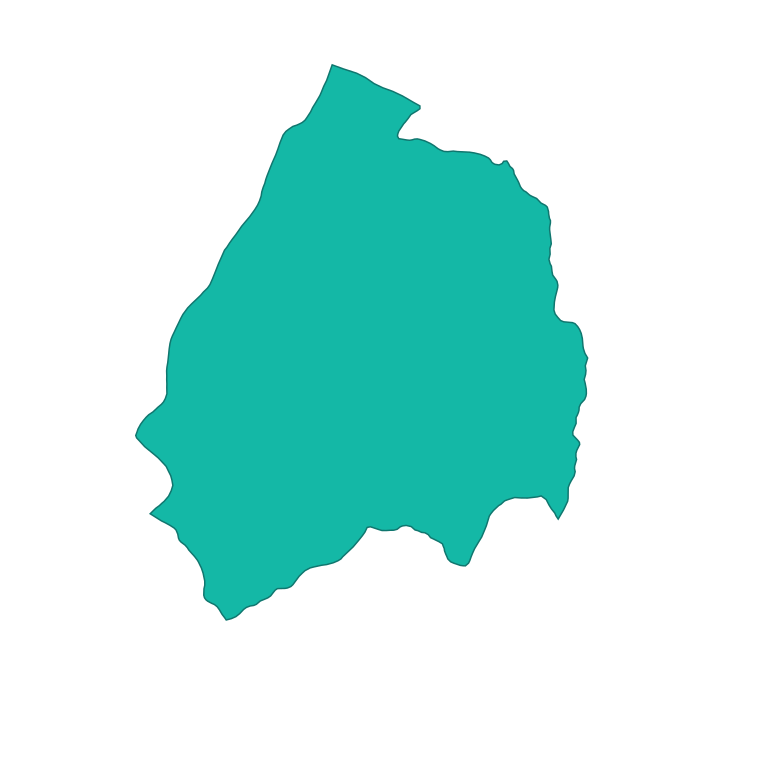 Tsangkha, Daga, Bhutan (orthographic projection), rotated 202°
{"feature_id": "84629894B3274550477400", "entity_name": "Tsangkha", "entity_type": "district", "adm_level": 2, "iso_a3": "BTN", "parent_name": "Bhutan", "parent_adm1": "Daga", "projection": "orthographic", "projection_center": [90.044, 27.036], "detail": "fine", "context": "isolated", "style": "filled", "palette": "teal", "viewbox_px": 768, "rotation_deg": 202, "n_neighbors": 0, "source": "geoboundaries", "source_scale": "gbopen_adm2", "svg_char_len": 4743}
<svg xmlns="http://www.w3.org/2000/svg" viewBox="0 0 768 768"><g transform="rotate(202 384 384)"><path d="M551.6,660.5L550.9,643.9L551.4,637.4L551.4,631.2L551.5,627.6L552.4,621.4L552.8,618.8L553.7,613.6L554.0,608.8L554.7,605.2L555.4,601.7L556.1,598.9L557.8,595.8L559.6,593.7L561.9,591.3L565.0,588.7L567.8,584.5L569.6,581.4L570.8,577.1L570.8,573.7L570.8,568.8L570.4,562.3L570.2,555.8L570.4,550.4L570.5,546.7L570.5,542.4L570.4,533.1L570.2,529.2L569.7,525.4L569.7,521.2L569.3,516.4L568.3,512.2L568.0,507.1L568.2,502.6L569.1,497.3L570.3,492.5L571.2,488.8L572.8,484.0L575.1,476.9L576.3,471.5L577.4,466.8L578.9,461.4L580.0,456.8L580.9,452.0L582.0,448.3L582.5,432.8L582.4,424.3L582.4,417.2L582.6,411.0L583.6,406.7L585.9,401.6L587.3,397.4L592.4,386.2L594.5,381.1L596.5,373.3L597.0,368.9L597.3,363.9L597.7,358.2L597.9,353.9L598.2,349.4L598.2,345.7L597.6,341.4L596.3,336.0L594.9,331.3L592.5,322.8L591.6,318.5L590.5,314.8L588.5,310.3L587.1,306.6L585.4,302.9L584.0,299.2L581.6,293.6L581.3,288.5L581.7,284.8L582.8,281.7L584.8,278.0L587.8,271.5L590.6,267.4L592.1,264.0L593.4,260.1L594.6,255.5L595.2,250.2L595.0,246.8L594.9,243.3L593.2,241.4L590.0,239.9L586.0,238.0L582.5,236.3L578.1,234.9L571.4,232.8L565.6,230.9L559.1,227.9L555.1,226.0L550.8,222.1L547.4,219.1L544.8,215.7L541.8,210.9L541.3,205.3L541.7,199.3L543.9,192.8L545.3,190.2L546.7,187.1L549.0,183.4L550.4,180.3L552.2,176.1L539.0,173.7L534.8,173.4L529.6,172.8L524.8,171.9L522.2,170.8L519.0,167.6L516.8,164.1L515.2,162.5L513.0,161.4L508.1,160.1L504.9,158.5L502.9,157.0L499.5,155.3L495.0,153.1L491.1,150.8L489.4,149.5L486.1,146.5L484.4,145.0L480.9,140.9L476.4,134.2L474.8,130.3L474.2,126.7L472.0,120.7L470.4,118.6L468.4,117.3L466.2,116.6L461.8,116.1L458.6,116.0L455.2,115.0L451.9,112.9L447.9,109.8L444.0,107.5L441.9,106.1L437.7,109.2L434.2,112.8L431.8,117.0L429.7,122.4L427.9,125.3L425.0,128.0L421.8,129.9L419.8,131.9L417.4,136.5L414.2,139.6L411.6,142.2L409.7,145.1L408.4,149.7L407.6,152.3L406.1,154.4L399.2,157.4L397.1,158.7L394.5,161.3L393.3,163.8L390.7,173.9L388.9,178.1L387.3,181.4L383.6,185.8L380.5,188.1L373.9,192.6L369.5,195.1L364.1,199.2L360.5,202.8L358.4,205.7L357.6,208.3L351.6,221.4L349.0,229.3L347.2,235.3L346.2,239.5L345.9,244.7L343.2,246.5L340.7,246.7L334.2,247.1L331.0,247.4L327.0,249.0L323.7,250.6L320.2,252.1L317.4,254.2L315.4,257.7L313.6,259.4L310.4,261.2L305.3,262.0L300.6,260.3L297.5,260.7L293.6,260.5L290.3,261.4L286.5,260.9L283.3,259.0L279.5,258.8L277.1,258.6L274.1,258.4L270.0,257.7L268.2,255.7L266.5,254.0L265.4,252.0L263.0,249.4L261.0,247.5L259.3,245.7L255.6,244.1L252.1,244.0L249.0,244.2L245.3,244.4L242.6,245.1L240.4,245.9L238.5,249.6L238.3,252.3L238.5,256.6L238.5,260.3L238.3,265.2L236.9,274.1L236.1,278.7L236.0,286.5L236.0,290.9L236.9,301.0L236.3,303.9L235.1,307.8L232.1,314.3L230.6,316.2L228.4,320.8L226.6,322.5L224.0,324.7L220.3,327.7L214.2,329.7L208.3,332.0L203.5,334.6L199.5,336.8L196.3,339.1L190.3,337.6L185.8,333.7L182.1,331.0L177.3,328.3L175.0,326.1L171.9,324.0L170.4,334.3L170.2,336.9L169.8,344.1L170.5,347.0L172.2,351.3L174.4,357.0L174.5,360.7L174.2,364.0L173.3,370.0L173.9,374.3L175.7,377.0L176.5,379.5L177.2,386.2L178.8,388.4L180.1,391.7L180.4,394.8L179.9,401.2L181.0,403.1L183.4,404.5L189.7,407.4L191.1,410.4L191.2,415.2L191.1,419.4L193.4,424.9L193.1,427.5L193.1,430.5L193.4,432.8L194.4,435.7L194.2,439.5L192.2,444.8L192.2,448.4L192.8,451.0L194.5,454.9L197.8,460.1L200.1,463.2L200.7,468.5L201.8,472.2L204.2,476.3L204.9,484.4L209.2,487.7L212.3,491.4L213.6,493.5L217.2,500.6L220.1,504.8L223.0,507.7L225.9,509.8L229.5,511.5L232.3,511.5L240.6,509.0L244.0,509.0L247.9,510.9L251.5,513.0L254.2,516.3L256.7,523.8L257.8,529.2L258.5,534.5L259.1,538.5L259.8,540.7L262.0,544.0L263.9,545.4L268.4,548.2L270.4,551.3L272.9,555.9L275.0,557.7L277.8,561.4L278.6,566.6L281.0,571.8L281.4,576.6L283.4,580.4L288.2,589.0L289.2,591.6L290.0,595.6L290.9,597.9L292.6,599.5L295.0,603.3L296.1,605.6L298.9,609.2L301.1,610.1L306.2,610.6L312.0,613.2L317.1,613.4L319.7,613.7L324.3,615.3L326.9,615.6L329.6,616.8L331.5,618.1L334.5,621.2L336.4,622.9L342.0,627.5L343.9,630.6L345.6,631.9L348.7,632.9L351.5,635.3L353.7,636.8L356.5,635.3L357.0,632.7L359.4,630.2L363.7,629.2L366.8,629.8L369.4,631.7L371.7,632.7L376.0,633.1L380.7,633.0L386.7,632.1L391.5,631.0L403.0,627.0L407.0,625.9L411.9,623.3L415.6,622.1L419.6,622.1L422.2,622.4L426.9,623.7L431.1,624.4L437.1,624.7L442.4,624.2L445.0,623.7L447.4,622.5L449.4,620.9L451.5,619.6L454.2,618.8L457.9,618.0L462.2,617.0L464.4,618.9L464.9,621.1L465.0,624.2L463.9,629.3L463.2,632.7L462.4,634.8L461.1,639.2L460.0,643.9L458.1,646.5L455.6,649.8L453.8,652.7L454.9,655.3L461.6,656.1L474.9,658.0L478.6,658.2L485.4,658.6L496.0,658.2L505.7,658.8L515.8,661.1L525.8,661.9L528.8,661.7L540.2,660.9L551.6,660.5Z" fill="#14b8a6" stroke="#0f766e" stroke-width="1.5"/></g></svg>